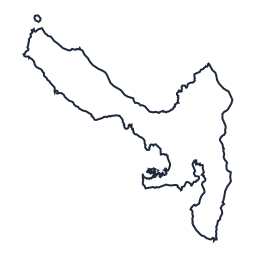 outline of Dompu, Nusa Tenggara Barat, Indonesia
{"feature_id": "22746128B31420255543838", "entity_name": "Dompu", "entity_type": "district", "adm_level": 2, "iso_a3": "IDN", "parent_name": "Indonesia", "parent_adm1": "Nusa Tenggara Barat", "projection": "natural_earth1", "projection_center": [118.191, -8.494], "detail": "fine", "context": "isolated", "style": "outline", "palette": "slate", "viewbox_px": 256, "rotation_deg": 0, "n_neighbors": 0, "source": "geoboundaries", "source_scale": "gbopen_adm2", "svg_char_len": 5893}
<svg xmlns="http://www.w3.org/2000/svg" viewBox="0 0 256 256"><path d="M208.7,63.6L207.9,64.2L207.9,65.5L207.1,66.6L205.8,66.2L205.3,67.2L204.2,67.7L203.2,69.0L200.8,69.8L199.9,71.8L194.5,74.1L194.3,76.4L194.9,77.9L194.5,79.4L194.8,80.5L194.0,81.8L192.6,82.6L190.9,82.6L188.4,83.7L187.7,84.4L187.3,86.5L186.6,87.7L185.9,87.5L185.9,86.8L184.5,85.4L182.2,85.7L181.6,86.6L181.9,88.6L181.4,90.1L181.8,91.0L181.1,91.7L180.0,91.5L178.5,89.9L179.0,91.6L177.2,92.8L176.9,93.8L177.1,94.8L178.4,96.0L177.8,97.2L178.5,98.2L177.9,99.4L177.8,101.1L178.5,102.8L176.8,102.9L175.5,104.6L174.9,104.6L174.9,106.7L173.7,107.1L173.6,107.9L172.5,109.4L171.2,109.6L170.8,110.3L168.6,111.5L167.3,111.6L166.2,112.4L164.8,111.6L163.8,111.9L163.0,110.9L159.5,112.2L158.7,113.0L157.1,112.1L154.6,111.9L153.7,112.4L149.6,111.7L144.8,106.3L142.1,105.2L140.4,105.4L139.2,103.8L137.3,102.9L135.0,102.9L133.6,100.2L133.3,98.3L127.8,96.7L124.7,94.9L120.8,90.1L113.7,86.0L110.5,82.9L106.8,74.6L105.4,72.5L102.6,70.7L98.7,69.0L92.8,65.1L89.9,61.7L88.1,58.5L84.4,54.5L82.5,50.6L80.3,49.4L79.7,48.1L78.9,49.3L76.9,48.9L75.5,49.8L72.0,48.9L70.6,50.3L68.5,50.3L62.9,48.1L57.7,43.5L54.0,40.8L50.9,36.6L47.9,35.9L47.1,34.8L45.3,33.6L41.9,28.2L38.1,29.4L35.6,31.7L34.2,30.9L33.8,29.1L32.8,30.0L31.7,30.1L32.5,32.4L30.5,34.0L31.0,36.5L28.9,39.3L29.0,41.7L28.4,42.9L28.3,45.1L27.4,47.4L28.3,48.6L28.3,50.0L25.6,51.9L24.9,53.9L23.6,54.2L24.4,56.1L25.7,56.6L28.6,56.5L29.2,57.1L29.0,57.5L28.8,56.8L29.0,58.0L30.1,57.9L32.0,59.2L34.1,61.6L34.7,64.6L36.2,66.9L41.6,69.7L42.6,71.7L44.0,73.0L43.8,74.6L44.2,76.0L46.4,77.8L47.5,79.9L49.6,81.4L49.8,82.2L54.5,87.4L54.8,89.3L54.5,91.5L54.8,92.4L55.3,90.8L56.7,90.6L57.7,91.4L57.1,93.4L60.6,93.0L61.8,93.3L64.0,95.0L64.6,96.6L66.7,98.7L69.1,100.6L72.9,102.1L74.2,104.6L75.9,106.2L78.1,106.9L79.1,108.4L82.7,110.5L86.1,111.3L91.6,114.7L91.7,116.4L92.7,116.7L94.6,119.7L96.0,120.0L102.4,118.0L104.0,116.9L105.9,116.7L106.9,117.1L109.1,116.0L110.2,116.5L111.5,115.9L116.8,115.3L118.3,115.8L119.5,115.7L122.6,119.7L122.9,122.2L124.1,124.0L124.3,125.0L123.9,125.4L124.3,125.8L124.4,127.0L125.2,128.4L126.4,128.9L127.3,128.6L128.1,128.0L128.8,126.2L128.7,125.2L129.5,124.7L129.8,125.5L130.3,125.5L131.5,124.7L131.6,126.1L131.0,126.8L132.4,128.8L132.9,128.8L133.0,129.5L132.5,129.7L133.5,131.1L133.4,132.2L134.4,133.7L135.4,134.4L136.5,134.3L139.9,136.9L141.5,137.4L143.5,139.0L144.6,140.8L144.6,143.2L145.6,145.1L145.1,145.9L145.3,147.7L146.9,149.9L149.0,149.9L149.4,148.9L149.2,147.5L150.0,146.6L150.1,145.2L150.6,144.6L152.3,144.6L153.5,145.6L154.0,144.7L155.7,144.3L160.5,148.9L160.8,154.5L163.9,154.0L165.0,154.8L166.1,154.4L167.0,155.6L167.5,155.6L167.8,156.6L167.5,157.4L170.0,163.7L170.0,165.5L168.9,169.0L167.9,170.5L166.9,170.8L165.9,168.6L165.2,168.6L165.1,169.9L164.3,170.2L165.5,170.9L165.5,171.7L166.6,173.2L165.7,174.6L164.3,175.1L162.5,172.8L161.6,173.7L162.0,175.5L160.3,177.1L159.5,176.2L160.2,175.1L159.5,173.1L158.3,172.5L158.3,173.3L157.3,173.8L157.6,174.3L157.0,174.8L155.5,174.3L155.4,173.8L155.1,174.0L154.9,174.9L155.8,175.4L155.4,176.9L153.6,177.2L153.5,176.1L153.4,176.7L152.8,176.9L152.8,176.4L151.4,178.4L150.4,178.0L149.3,178.9L148.4,178.3L147.0,178.7L146.1,177.9L144.0,177.4L142.5,173.8L142.9,176.4L142.7,178.0L143.3,180.3L142.8,181.7L142.9,184.3L144.5,185.9L145.6,188.4L152.5,187.1L154.0,187.2L154.9,187.9L156.5,187.1L158.3,187.5L166.1,184.6L170.4,185.5L176.3,184.9L177.8,185.8L177.7,187.1L180.5,189.2L181.0,190.3L181.8,189.6L181.9,187.0L184.2,186.4L186.1,182.3L187.3,181.9L188.8,182.5L190.3,183.4L191.0,185.0L191.3,184.6L191.8,185.2L193.8,181.9L195.9,181.8L196.4,180.5L197.6,180.5L198.9,178.8L199.1,177.7L198.8,176.6L195.2,176.0L193.9,173.6L193.9,172.8L195.2,171.1L192.5,164.6L193.0,162.9L194.3,160.8L195.0,160.3L196.3,160.4L196.4,162.3L196.7,162.9L196.7,163.8L197.1,164.2L198.2,164.2L199.7,163.6L199.6,165.0L200.1,165.4L201.7,164.8L202.6,165.1L202.9,165.7L202.7,168.3L203.9,172.4L201.8,174.8L202.9,175.2L203.1,175.9L203.9,175.9L204.0,177.0L205.5,179.2L205.0,180.9L202.5,182.5L201.9,184.6L204.3,190.1L204.5,192.5L202.2,194.8L201.1,196.9L200.2,198.9L199.1,203.6L195.7,205.7L194.7,204.8L194.1,204.9L191.5,207.4L190.5,209.4L192.0,210.4L192.5,211.7L192.3,214.3L193.1,216.3L192.4,218.1L192.5,221.2L192.8,222.1L192.4,223.0L193.1,225.0L196.3,230.2L200.4,234.5L201.8,235.6L203.9,236.1L206.3,238.0L209.8,239.3L211.5,239.3L212.7,237.8L213.9,238.2L214.2,238.5L214.0,240.6L215.0,239.5L216.7,239.4L216.0,236.1L216.4,234.2L216.0,231.5L216.6,229.8L216.3,226.5L217.2,225.0L217.9,221.0L220.0,219.5L220.4,216.9L222.2,213.7L222.0,210.9L220.7,208.0L222.3,205.3L224.1,204.1L222.5,202.3L223.0,201.9L224.0,198.0L225.2,191.0L227.1,186.9L230.9,181.4L230.2,176.8L230.8,172.2L228.0,170.9L226.7,169.4L226.4,165.3L227.0,162.5L224.5,159.4L223.6,156.9L224.3,154.2L223.3,150.7L223.9,148.5L223.1,148.2L222.5,144.3L220.2,140.7L219.9,139.4L220.9,137.3L223.0,135.3L224.0,135.0L225.4,132.7L225.1,129.8L225.7,127.8L225.5,125.6L222.5,118.8L222.4,114.0L224.5,111.5L225.8,111.2L228.0,109.3L231.5,103.2L232.4,99.8L228.7,91.6L223.7,88.6L218.8,83.3L217.1,80.1L216.1,74.8L215.3,72.7L212.3,70.0L209.3,64.4L208.7,63.6ZM37.5,15.4L35.0,15.8L34.4,18.0L35.4,20.3L38.5,21.9L40.1,20.6L40.6,18.6L38.7,16.0L37.5,15.4ZM150.4,170.5L149.8,169.5L148.7,169.0L148.7,169.7L148.2,170.3L149.0,171.0L147.9,170.8L147.8,171.3L147.1,171.5L147.2,172.1L149.3,172.4L150.7,173.6L151.5,172.9L150.8,171.7L151.7,169.1L150.3,169.1L150.5,169.8L150.4,170.5ZM153.3,171.5L153.1,170.9L153.0,171.5L152.2,171.6L152.3,172.0L151.8,172.4L154.5,173.3L154.6,173.9L153.8,174.0L154.3,174.9L155.1,173.9L154.7,172.1L153.3,171.5ZM195.9,164.1L196.5,163.1L196.2,161.8L195.4,163.0L195.9,164.1ZM155.0,169.1L153.6,168.4L153.4,168.8L154.3,169.8L154.2,171.1L153.5,170.9L154.2,171.5L154.6,169.2L155.0,169.1ZM154.6,171.7L155.3,171.2L155.0,170.8L154.6,171.7ZM158.5,171.0L158.4,170.4L158.1,169.8L158.1,170.2L158.5,171.0Z" fill="none" stroke="#1e293b" stroke-width="2"/></svg>